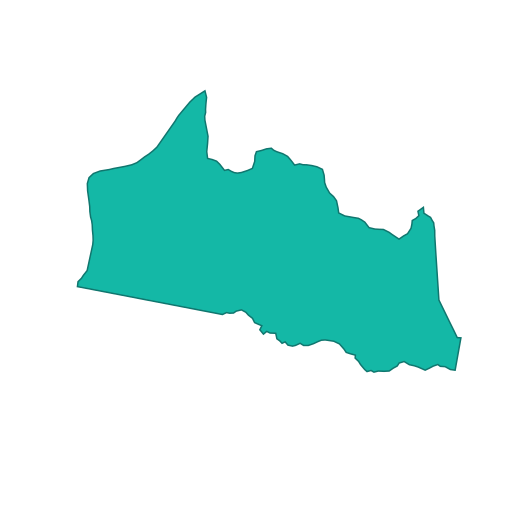 outline of Jatobá do Piauí, Piauí, Brazil, rotated 71°
{"feature_id": "56859067B34195907990870", "entity_name": "Jatobá do Piauí", "entity_type": "district", "adm_level": 2, "iso_a3": "BRA", "parent_name": "Brazil", "parent_adm1": "Piauí", "projection": "mercator", "projection_center": [-41.919, -4.852], "detail": "fine", "context": "isolated", "style": "filled", "palette": "teal", "viewbox_px": 512, "rotation_deg": 71, "n_neighbors": 0, "source": "geoboundaries", "source_scale": "gbopen_adm2", "svg_char_len": 2374}
<svg xmlns="http://www.w3.org/2000/svg" viewBox="0 0 512 512"><g transform="rotate(71 256 256)"><path d="M226.8,434.8L297.9,311.1L300.4,306.8L299.9,302.3L301.5,299.6L302.6,295.8L301.7,292.6L302.2,287.3L305.9,283.9L309.5,282.4L313.8,279.6L318.5,279.0L321.4,275.9L323.8,273.2L327.0,276.4L332.3,274.4L330.8,270.4L333.4,267.8L335.5,262.5L341.1,263.2L343.9,261.2L347.0,259.8L346.7,256.4L350.7,254.8L353.1,250.8L353.4,247.8L352.9,242.7L356.1,240.1L357.6,235.7L357.6,230.1L357.1,225.4L356.9,221.6L357.9,217.9L359.8,214.2L361.9,210.2L366.3,205.7L372.7,203.1L376.5,202.1L379.1,198.7L382.1,194.3L384.8,195.5L389.1,193.3L392.7,192.5L398.7,190.2L401.4,188.7L401.7,184.5L404.2,182.3L404.6,177.8L406.7,172.5L408.1,167.5L406.7,162.6L406.0,158.3L403.8,155.5L404.0,150.3L408.7,146.4L411.3,142.1L413.8,138.8L419.0,133.2L418.5,128.7L417.8,124.2L417.8,119.4L420.3,117.7L422.2,113.2L426.6,109.2L428.8,104.9L400.1,88.9L398.7,92.3L391.0,93.2L381.7,94.4L357.2,97.4L312.0,85.1L295.4,80.5L290.0,78.7L285.4,77.9L282.5,77.2L279.5,77.9L276.3,78.4L274.1,80.3L270.2,83.3L264.5,81.9L266.4,88.3L270.9,88.9L272.6,92.7L273.3,96.7L276.6,98.2L280.3,100.4L284.3,105.5L285.1,110.0L286.6,115.3L279.6,120.6L277.1,122.3L272.4,126.9L270.9,130.8L269.3,134.7L266.0,139.9L259.4,142.1L256.1,144.6L253.7,146.9L251.0,151.9L247.0,159.1L242.2,163.8L237.2,162.8L230.0,161.9L225.2,163.3L220.5,165.9L213.8,167.2L208.9,167.2L206.1,166.4L201.7,165.3L195.7,165.0L191.5,169.3L188.7,173.7L186.3,178.4L185.0,181.9L183.1,184.7L182.6,189.9L178.4,191.3L175.6,192.3L172.1,193.7L168.0,197.4L164.0,202.6L161.7,204.9L159.1,206.4L158.1,211.2L158.0,216.6L157.5,221.6L160.9,224.3L166.1,226.4L172.0,230.9L172.4,236.1L172.3,242.7L171.6,246.5L170.1,249.4L167.7,252.0L165.2,254.1L164.8,257.9L157.5,260.4L153.5,262.4L150.6,265.9L148.0,270.0L141.3,268.6L133.7,265.1L127.2,262.4L111.0,260.1L107.1,259.0L103.9,256.9L101.0,256.0L96.7,254.2L94.0,253.0L90.0,251.1L83.2,250.5L85.9,261.9L88.8,268.2L97.7,283.0L99.7,285.7L102.1,288.5L120.8,314.2L123.1,319.4L124.8,324.2L126.0,329.0L127.8,334.4L129.0,338.3L129.3,343.8L128.6,350.8L126.9,362.2L126.5,366.5L124.9,375.7L125.1,382.9L127.5,388.3L132.6,391.9L139.6,394.0L149.3,395.9L155.0,397.1L159.9,398.6L165.3,399.7L169.2,399.9L173.2,400.7L178.2,402.2L183.7,403.5L188.2,404.9L192.0,406.6L214.8,420.4L218.2,425.7L220.2,428.2L222.3,432.6L226.8,434.8Z" fill="#14b8a6" stroke="#0f766e" stroke-width="1.5"/></g></svg>